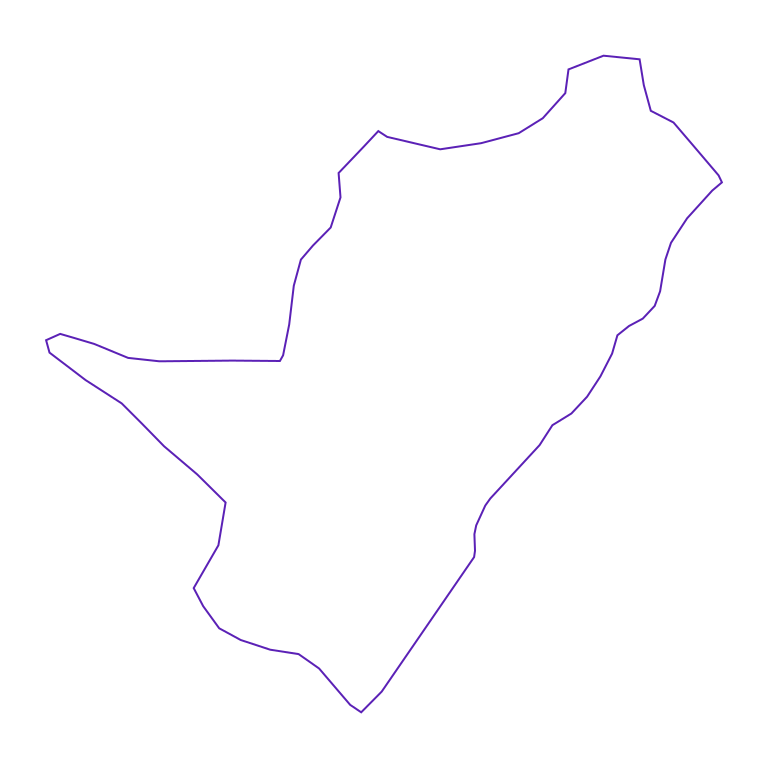 Podgorica, Natural Earth projection
{"feature_id": "MNE-1517", "entity_name": "Podgorica", "entity_type": "Municipality", "adm_level": 1, "iso_a3": "MNE", "parent_name": "Montenegro", "parent_adm1": "", "projection": "natural_earth1", "projection_center": [19.345, 42.469], "detail": "fine", "context": "isolated", "style": "outline", "palette": "violet", "viewbox_px": 768, "rotation_deg": 0, "n_neighbors": 0, "source": "natural_earth", "source_scale": "10m", "svg_char_len": 1004}
<svg xmlns="http://www.w3.org/2000/svg" viewBox="0 0 768 768"><path d="M721.9,182.4L712.2,190.6L687.1,218.3L671.0,242.8L665.4,259.5L660.1,291.3L654.7,305.9L642.8,318.6L629.0,326.0L617.4,335.3L612.1,353.6L600.4,376.4L587.1,396.7L571.4,413.5L552.4,425.2L539.6,445.1L490.3,498.5L485.3,505.5L476.2,525.4L474.4,534.2L475.0,550.8L474.1,557.1L381.7,691.6L361.2,712.3L350.2,704.9L319.1,668.5L298.6,654.1L270.2,649.7L240.7,640.0L219.2,628.3L203.2,606.2L193.7,588.1L218.4,545.3L225.6,502.5L197.2,474.4L164.1,446.3L142.1,423.8L121.7,403.4L85.6,380.1L49.5,352.6L46.1,340.2L60.2,333.9L74.3,338.0L94.1,343.9L128.1,357.9L159.4,361.3L232.1,360.6L279.9,361.0L283.1,355.3L289.2,324.5L293.8,285.7L300.9,259.6L312.9,245.6L330.7,227.5L340.5,197.4L338.6,173.0L363.8,146.6L378.3,131.1L387.2,136.9L440.2,149.3L481.0,143.2L518.7,133.2L542.8,118.2L565.3,93.1L568.5,69.4L603.5,55.7L639.6,59.3L643.8,85.1L650.8,110.8L673.5,122.5L693.1,145.4L718.6,175.4L721.7,181.9L721.9,182.4Z" fill="none" stroke="#5b21b6" stroke-width="2"/></svg>